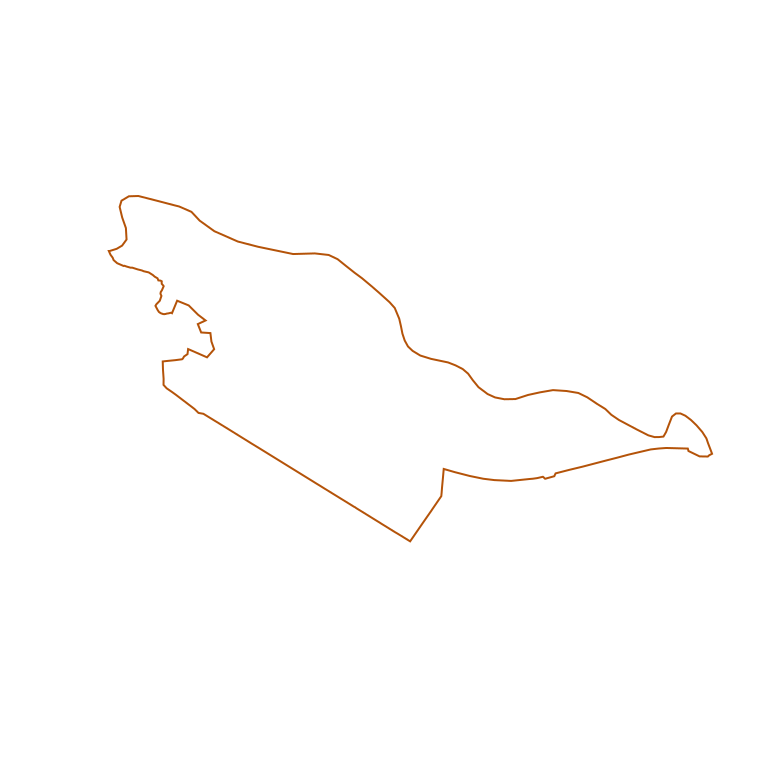 Strenči, Strencu, Latvia (Equal Earth projection), rotated 210°
{"feature_id": "27541924B77919484434433", "entity_name": "Strenči", "entity_type": "district", "adm_level": 2, "iso_a3": "LVA", "parent_name": "Latvia", "parent_adm1": "Strencu", "projection": "equal_earth", "projection_center": [25.697, 57.627], "detail": "fine", "context": "isolated", "style": "outline", "palette": "amber", "viewbox_px": 768, "rotation_deg": 210, "n_neighbors": 0, "source": "geoboundaries", "source_scale": "gbopen_adm2", "svg_char_len": 2961}
<svg xmlns="http://www.w3.org/2000/svg" viewBox="0 0 768 768"><g transform="rotate(210 384 384)"><path d="M65.0,487.6L68.4,490.4L73.7,494.7L77.6,498.1L84.4,501.6L92.8,504.5L100.1,506.3L107.1,507.2L112.6,506.7L116.4,504.5L118.3,499.8L116.9,490.7L115.7,483.5L115.7,478.2L119.1,475.7L123.1,473.3L129.4,471.7L142.6,471.0L162.5,470.3L171.8,471.0L179.8,473.0L189.5,473.3L201.3,474.1L211.2,473.4L222.4,469.2L234.6,463.2L244.7,454.8L253.8,446.5L262.0,437.4L262.6,436.7L272.1,431.0L281.1,427.9L289.3,427.1L294.7,427.8L295.0,427.8L300.6,428.5L309.0,431.7L316.3,435.0L323.3,436.3L331.4,435.9L339.3,434.7L355.8,429.3L366.8,426.8L375.8,427.0L382.0,428.5L387.8,432.0L393.2,436.8L398.2,442.5L403.4,448.1L412.7,455.2L420.0,457.6L434.1,460.6L443.9,462.5L455.9,464.6L462.0,465.3L464.8,465.6L470.9,466.5L475.7,467.2L486.6,468.9L496.4,468.1L509.2,462.5L527.7,451.1L561.6,439.9L581.8,434.3L607.3,431.5L625.3,433.3L636.8,436.8L650.2,435.3L654.7,434.0L670.4,429.7L679.0,427.3L690.7,424.0L698.8,419.0L703.0,411.5L701.5,405.2L694.0,397.3L685.5,390.0L679.2,380.4L680.0,372.9L683.1,367.4L688.0,362.1L688.8,361.6L685.5,359.2L682.1,357.7L680.1,356.1L675.5,355.2L668.6,356.0L667.9,356.6L665.7,357.0L661.7,358.0L660.1,358.9L654.6,360.1L651.8,360.9L650.3,361.3L648.5,361.5L643.6,363.0L638.7,362.8L636.2,362.3L633.0,362.3L631.2,360.9L629.2,361.8L627.8,361.8L627.3,360.7L626.5,359.6L624.1,358.8L623.7,358.5L623.2,354.1L623.3,352.4L623.3,351.9L622.7,350.4L622.2,350.0L620.8,349.0L619.8,344.0L621.0,339.2L621.0,337.4L617.8,335.4L617.3,335.1L616.9,334.8L616.2,334.5L615.6,334.2L615.3,334.0L614.6,333.8L614.2,333.8L613.6,333.8L613.4,333.7L612.9,333.7L612.6,333.7L612.0,333.8L611.8,333.8L611.2,334.0L610.3,334.1L609.9,334.3L609.4,334.5L609.2,334.6L608.8,335.0L608.5,335.2L608.2,335.4L607.3,336.4L606.1,337.3L604.0,339.3L603.0,339.3L604.8,352.7L592.4,354.4L579.6,351.0L570.3,349.8L575.2,342.8L568.1,337.2L559.8,341.3L554.7,334.5L548.5,329.2L550.6,318.6L568.7,316.6L571.1,316.3L569.1,311.6L570.9,307.9L570.9,305.4L571.3,304.4L576.8,300.2L583.9,295.1L586.9,292.9L582.7,286.1L577.4,278.2L574.5,273.0L570.1,271.6L563.7,271.1L558.8,270.6L556.5,270.3L535.6,267.6L530.2,266.2L525.5,267.9L495.9,267.1L468.1,266.2L459.4,266.0L396.1,264.1L393.5,264.0L388.9,263.9L383.1,263.7L372.5,263.4L368.8,263.3L348.6,262.7L347.6,262.8L345.7,262.6L345.3,262.6L322.2,261.9L318.2,261.8L316.6,261.7L300.4,261.2L297.5,261.2L282.7,260.8L281.0,282.0L280.3,290.3L279.6,298.4L279.6,298.9L278.6,311.8L278.3,315.5L279.7,318.6L282.0,323.4L285.9,331.9L286.5,333.2L289.8,340.3L278.5,343.1L263.8,347.2L250.6,351.6L240.3,356.0L225.5,363.6L210.6,374.4L208.3,376.0L207.6,376.5L204.4,379.0L200.0,383.1L199.2,383.0L197.7,382.6L197.1,382.5L196.4,383.1L196.3,383.3L190.4,389.3L190.5,389.9L190.7,392.4L180.7,402.2L170.7,411.7L162.2,420.1L153.4,428.8L145.1,436.9L136.7,445.3L120.3,460.7L113.8,465.5L107.6,469.7L88.6,480.0L86.8,478.2L74.5,479.1L67.3,483.1L66.6,485.2L66.2,485.7L65.0,487.6Z" fill="none" stroke="#b45309" stroke-width="2"/></g></svg>